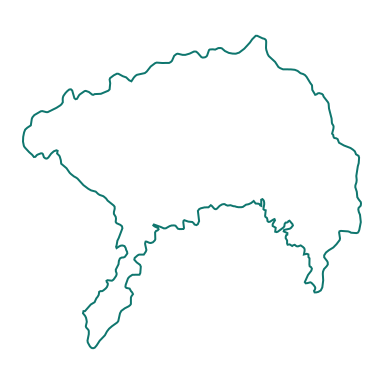 the district of Lago De Atitlan, Sololá, Guatemala
{"feature_id": "79465075B18487207511943", "entity_name": "Lago De Atitlan", "entity_type": "district", "adm_level": 2, "iso_a3": "GTM", "parent_name": "Guatemala", "parent_adm1": "Sololá", "projection": "robinson", "projection_center": [-91.2, 14.679], "detail": "fine", "context": "isolated", "style": "outline", "palette": "teal", "viewbox_px": 384, "rotation_deg": 0, "n_neighbors": 0, "source": "geoboundaries", "source_scale": "gbopen_adm2", "svg_char_len": 5920}
<svg xmlns="http://www.w3.org/2000/svg" viewBox="0 0 384 384"><path d="M262.7,38.4L257.2,35.8L255.7,35.8L252.2,39.3L249.9,42.6L244.3,48.7L239.2,52.6L235.8,53.7L232.6,53.6L228.8,52.9L224.9,51.0L221.8,48.3L220.4,48.0L218.3,48.1L215.2,49.6L212.7,49.3L209.8,49.5L209.0,50.1L207.1,55.6L206.4,56.5L205.0,57.3L202.8,57.6L201.4,57.1L197.9,53.1L196.3,51.7L195.0,51.5L193.8,51.6L189.7,53.6L185.2,54.9L182.7,54.9L177.7,53.7L176.5,54.0L174.2,55.8L172.0,60.8L170.8,62.0L169.2,62.9L162.2,63.0L156.7,62.6L155.2,63.1L150.7,66.5L146.7,71.6L144.8,73.1L137.0,74.8L135.6,75.7L133.9,77.5L131.4,81.3L129.2,80.3L126.2,77.4L122.8,76.2L118.4,73.8L116.9,73.7L113.8,75.3L110.1,78.1L109.6,79.5L110.2,83.2L109.6,89.4L108.3,90.7L100.9,93.8L94.7,94.1L93.4,94.8L92.3,94.7L88.9,92.0L85.8,90.9L84.6,91.1L80.0,94.3L79.0,95.3L77.0,98.8L75.6,99.2L74.4,98.2L72.2,90.5L70.9,89.3L69.3,89.5L67.4,91.0L65.5,93.0L63.5,95.8L62.9,97.4L62.7,99.0L62.8,102.3L61.4,104.4L60.1,105.5L56.5,107.8L47.8,112.1L46.2,112.1L42.3,111.1L40.8,111.3L34.3,115.1L32.4,117.4L31.8,118.9L30.8,125.4L27.3,127.7L25.2,129.6L24.1,132.4L23.2,136.9L23.0,141.6L23.8,145.6L24.2,146.6L25.3,148.0L29.2,152.2L32.2,154.8L33.9,157.0L35.4,156.8L36.7,155.2L37.9,154.5L41.0,153.3L42.1,153.4L42.9,154.1L43.9,157.2L45.4,158.4L46.8,158.6L48.3,157.6L51.1,153.7L53.8,151.3L56.4,150.3L57.6,150.8L57.1,153.5L59.3,155.7L59.8,156.7L60.8,160.1L61.2,163.7L66.5,168.2L69.6,172.7L70.8,173.9L73.9,176.4L76.1,177.6L77.5,178.6L83.4,185.1L88.3,188.8L91.1,190.4L95.7,191.6L98.1,193.9L99.6,194.9L103.1,196.1L104.0,196.7L106.1,198.5L107.6,200.6L113.7,205.5L114.6,206.7L114.7,208.8L113.9,212.0L113.9,213.9L115.7,216.8L116.0,218.7L115.7,221.9L116.6,223.2L120.4,224.9L122.0,226.3L122.4,228.3L118.7,238.1L117.4,240.7L116.6,245.3L116.1,246.8L116.6,248.1L119.5,246.2L121.0,245.6L122.7,245.5L124.5,246.1L125.7,248.1L126.1,249.8L127.1,251.8L127.3,253.5L124.9,256.8L123.7,257.4L121.5,257.6L119.9,258.5L118.9,260.9L118.5,264.3L115.8,269.6L115.9,271.5L116.6,273.2L116.6,274.5L116.1,275.9L114.2,278.7L113.3,279.8L111.9,280.7L107.5,280.2L106.5,280.8L106.8,282.1L107.8,283.4L107.8,284.8L107.0,286.9L105.8,288.4L103.4,290.4L102.1,291.1L100.5,291.1L99.2,291.8L98.7,294.9L97.6,296.8L96.3,298.4L94.6,302.2L90.8,304.5L85.0,311.1L83.5,311.1L83.0,313.3L85.1,315.9L86.0,317.7L86.5,319.9L86.8,321.9L85.8,326.2L86.2,327.5L88.3,329.8L88.8,331.0L88.8,334.1L87.5,340.6L87.8,342.5L89.9,346.3L91.0,347.5L92.0,348.1L93.3,348.2L94.7,347.7L96.6,345.5L99.7,340.7L104.9,335.3L107.0,331.4L109.1,328.7L112.0,326.2L117.3,322.4L118.3,321.0L120.0,313.3L121.3,310.9L124.8,308.3L128.7,306.3L130.2,305.1L130.9,304.0L130.9,297.8L131.3,296.5L133.0,294.1L132.1,292.3L131.1,291.3L129.6,288.6L126.3,287.9L125.4,286.8L125.7,284.8L128.0,278.4L129.5,276.7L132.4,274.8L139.5,274.7L140.3,273.0L140.8,266.6L140.0,264.8L136.7,262.4L134.3,259.7L134.7,257.9L137.7,255.3L139.1,254.6L143.8,254.6L145.8,251.6L146.4,250.0L145.2,244.5L145.1,243.3L145.6,241.6L146.6,241.6L149.3,242.8L150.8,243.0L152.9,242.3L154.8,240.4L155.3,239.2L155.1,232.4L156.0,231.0L157.6,230.4L158.6,229.3L158.0,228.0L154.5,226.4L153.3,225.4L153.9,224.5L160.6,226.9L163.9,228.4L165.8,228.3L169.7,226.1L171.6,225.5L174.0,225.4L175.5,225.7L177.9,228.7L179.5,229.1L183.4,229.0L184.0,228.0L183.3,222.5L183.5,220.9L184.3,220.2L188.3,221.6L192.3,222.0L193.6,223.1L194.5,224.5L196.4,225.1L197.8,224.2L199.1,221.1L197.9,210.9L199.2,209.1L200.8,208.3L204.5,207.4L208.5,207.3L210.8,205.2L211.8,205.9L214.0,208.4L214.8,209.0L215.9,209.2L217.0,208.6L219.6,205.9L221.9,204.5L223.5,204.1L224.6,204.1L226.0,205.0L227.6,205.6L230.5,205.2L233.4,206.2L234.9,206.3L236.3,206.8L238.4,207.2L241.3,207.2L242.9,206.9L246.0,204.7L248.6,204.2L251.2,203.0L253.7,201.0L255.6,203.5L258.5,203.7L259.5,204.2L260.2,205.4L261.3,205.9L261.2,199.7L262.4,199.1L263.2,199.8L263.9,201.0L264.2,202.7L264.2,204.5L263.4,209.1L264.2,209.9L265.7,210.3L265.1,216.0L265.6,217.1L266.8,217.8L267.4,219.4L267.4,220.9L268.4,221.9L269.8,221.8L273.6,219.4L274.5,219.1L275.0,220.3L272.9,223.7L272.6,224.7L272.7,226.0L275.7,227.7L275.2,231.7L276.6,232.1L277.8,231.7L283.3,227.6L284.3,226.4L284.7,223.8L285.6,222.6L286.7,222.6L287.8,222.1L288.5,221.1L289.5,220.7L292.5,224.2L292.9,225.5L291.1,227.8L289.8,228.7L284.2,229.9L283.7,231.4L287.4,233.1L287.3,234.7L286.2,235.2L285.7,236.9L285.7,238.2L287.1,240.5L287.1,243.5L287.6,244.7L289.7,244.4L292.2,246.0L293.1,245.3L294.7,244.8L296.5,246.2L297.9,246.4L300.7,245.4L303.0,247.0L304.2,248.2L304.6,249.2L304.6,250.9L303.9,254.5L306.8,253.8L308.4,254.4L308.5,257.2L309.5,258.3L309.4,264.6L309.7,266.3L311.1,267.2L311.9,268.7L311.3,270.7L308.0,275.0L304.8,282.1L305.7,283.3L307.5,283.1L310.3,282.3L311.4,282.8L313.5,284.9L314.9,286.8L315.3,288.0L314.9,289.6L314.0,290.9L314.6,292.4L316.2,292.4L318.3,291.9L320.8,290.4L322.3,287.4L323.2,280.4L322.8,273.9L323.0,271.7L324.0,269.1L326.7,266.2L327.8,264.5L327.7,262.3L327.1,261.1L324.2,257.3L324.2,255.3L326.0,252.5L328.9,250.2L333.3,247.5L336.5,244.2L339.7,240.0L340.0,238.4L339.1,232.5L339.5,231.3L340.9,230.9L348.1,231.4L349.7,231.9L351.0,232.7L356.4,233.1L357.8,232.7L358.6,231.6L359.3,229.8L360.8,222.1L360.0,214.8L358.8,211.9L358.3,209.5L358.6,207.9L360.7,205.7L361.0,203.7L360.8,202.1L358.8,199.6L357.3,197.2L356.8,191.8L355.3,187.2L355.4,185.3L356.4,182.4L356.7,180.0L356.3,176.0L357.8,166.3L358.7,163.2L359.1,157.6L358.5,155.8L356.0,154.3L354.9,151.4L353.0,149.7L350.5,148.0L344.0,145.5L339.0,142.7L337.6,139.1L336.2,138.3L334.3,138.0L333.5,136.8L333.2,134.9L332.1,133.7L333.4,128.7L333.6,126.7L333.3,125.5L332.2,123.8L331.9,122.8L331.6,118.6L329.0,108.5L328.6,103.7L328.0,102.3L323.6,96.6L323.0,94.9L321.9,93.9L319.1,93.1L317.5,93.5L316.7,94.3L315.2,94.8L312.3,89.9L312.0,85.3L310.3,83.0L306.6,76.9L305.0,75.1L303.3,74.1L300.5,73.2L297.6,70.9L294.8,69.8L290.8,69.4L282.9,69.3L280.1,68.1L278.4,67.0L275.1,61.9L268.8,56.1L267.7,54.2L266.3,49.9L266.0,47.9L266.2,41.9L266.0,40.3L265.2,39.3L263.8,38.6L262.7,38.4Z" fill="none" stroke="#0f766e" stroke-width="2"/></svg>